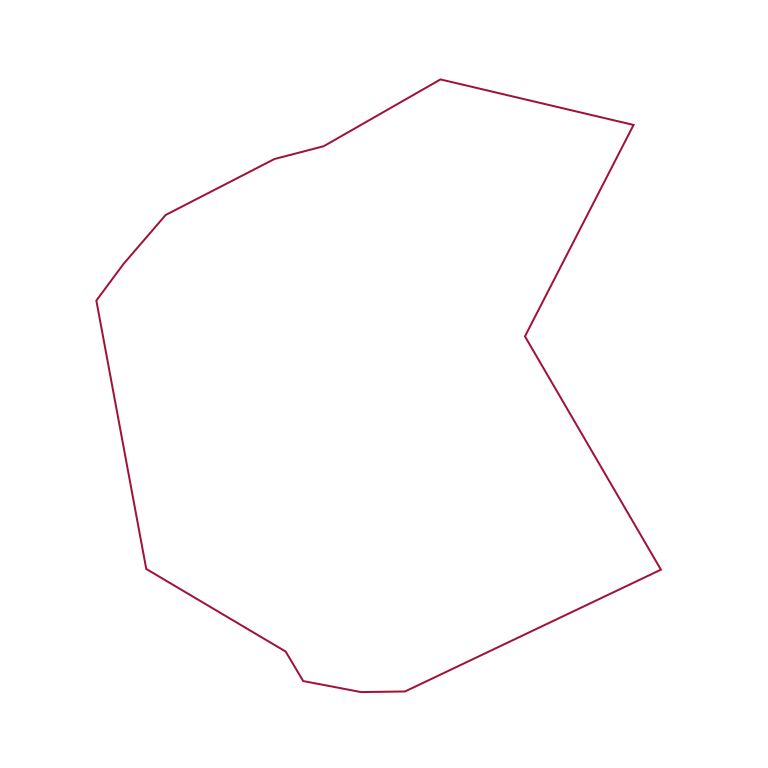 an SVG outline of Cerkvenjak, rotated 6°
{"feature_id": "SVN-198", "entity_name": "Cerkvenjak", "entity_type": "Municipality", "adm_level": 1, "iso_a3": "SVN", "parent_name": "Slovenia", "parent_adm1": "", "projection": "natural_earth1", "projection_center": [15.947, 46.561], "detail": "fine", "context": "isolated", "style": "outline", "palette": "rose", "viewbox_px": 768, "rotation_deg": 6, "n_neighbors": 0, "source": "natural_earth", "source_scale": "10m", "svg_char_len": 342}
<svg xmlns="http://www.w3.org/2000/svg" viewBox="0 0 768 768"><g transform="rotate(6 384 384)"><path d="M166.9,592.8L89.2,331.1L112.4,291.8L149.2,238.7L251.5,171.7L299.2,153.8L408.3,75.2L605.1,100.3L519.2,321.9L678.8,539.7L437.0,687.6L393.3,692.8L334.7,687.9L314.2,660.4L166.9,592.8Z" fill="none" stroke="#9f1239" stroke-width="2"/></g></svg>